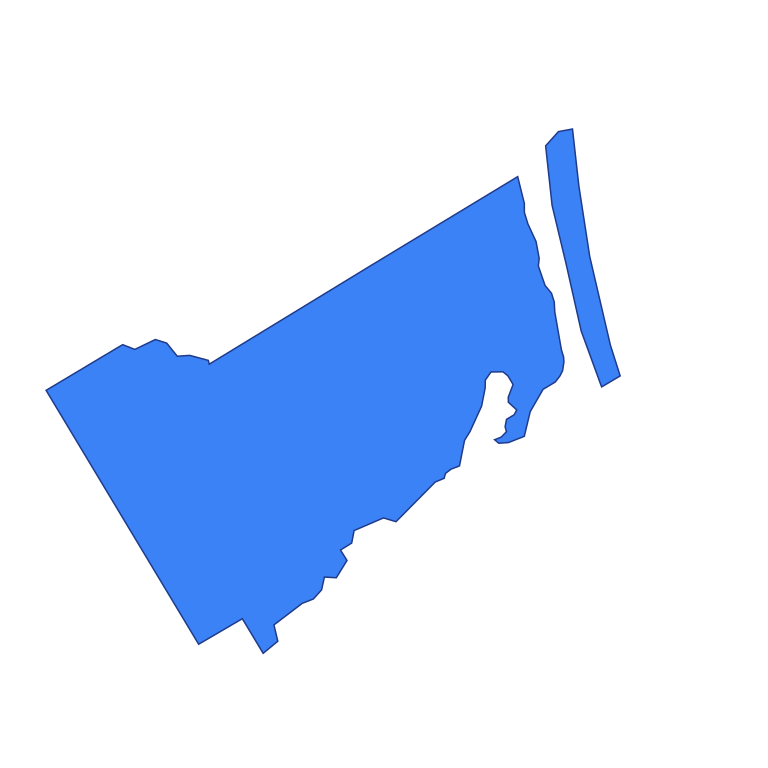 Kleberg, United States of America, rotated 329°
{"feature_id": "52423323B47433581718173", "entity_name": "Kleberg", "entity_type": "district", "adm_level": 2, "iso_a3": "USA", "parent_name": "United States of America", "parent_adm1": "", "projection": "orthographic", "projection_center": [-97.582, 27.423], "detail": "fine", "context": "isolated", "style": "filled", "palette": "blue", "viewbox_px": 768, "rotation_deg": 329, "n_neighbors": 0, "source": "geoboundaries", "source_scale": "gbopen_adm2", "svg_char_len": 1213}
<svg xmlns="http://www.w3.org/2000/svg" viewBox="0 0 768 768"><g transform="rotate(329 384 384)"><path d="M91.1,511.6L141.7,512.2L141.7,552.6L160.5,549.8L165.6,533.8L200.9,529.9L212.8,531.9L224.5,528.3L233.5,518.8L243.3,525.5L261.4,516.2L261.2,503.9L274.4,503.7L282.9,494.2L314.5,498.5L323.4,508.2L377.4,494.4L387.1,495.8L387.2,495.5L390.8,492.3L397.6,491.5L406.5,493.1L424.0,473.8L433.3,469.0L456.2,453.3L468.6,439.6L472.9,432.8L481.9,428.8L492.2,434.8L494.4,440.8L494.4,450.9L483.7,459.3L481.2,463.7L484.4,474.6L479.7,477.4L470.8,477.4L465.8,483.0L464.4,487.9L457.2,489.9L450.1,488.7L451.9,493.9L460.5,498.3L477.3,501.1L495.1,483.0L517.6,470.5L531.9,470.5L539.0,467.7L544.0,464.5L549.7,457.6L551.9,453.2L553.7,446.0L567.5,410.2L572.2,401.3L574.3,392.5L572.8,382.4L577.1,362.3L581.7,356.3L587.7,340.2L589.8,320.9L592.7,309.2L597.3,301.5L605.4,275.1L431.8,275.7L244.4,277.0L245.6,273.3L232.2,259.4L221.1,253.7L218.8,237.0L210.9,228.1L188.2,226.0L180.3,215.7L173.4,215.6L91.1,215.4L91.1,511.6ZM645.2,263.1L620.1,317.4L601.9,375.0L580.3,440.2L569.3,497.1L569.1,498.6L590.6,498.7L598.1,467.2L626.0,380.7L653.0,314.7L676.9,262.5L663.5,257.5L645.2,263.1Z" fill="#3b82f6" stroke="#1e3a8a" stroke-width="1.5"/></g></svg>